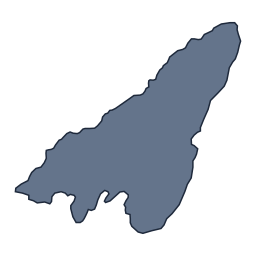 the district of Bach Long Vi, Vietnam
{"feature_id": "81297802B40834484476285", "entity_name": "Bach Long Vi", "entity_type": "district", "adm_level": 2, "iso_a3": "VNM", "parent_name": "Vietnam", "parent_adm1": "", "projection": "albers", "projection_center": [107.73, 20.135], "detail": "fine", "context": "isolated", "style": "filled", "palette": "slate", "viewbox_px": 256, "rotation_deg": 0, "n_neighbors": 0, "source": "geoboundaries", "source_scale": "gbopen_adm2", "svg_char_len": 1980}
<svg xmlns="http://www.w3.org/2000/svg" viewBox="0 0 256 256"><path d="M76.1,222.5L80.2,222.5L82.6,220.9L84.1,218.7L85.6,215.8L87.1,212.6L88.3,209.5L91.3,210.4L94.6,209.1L96.3,205.0L97.8,199.9L100.5,193.9L104.7,190.4L108.0,191.7L108.9,193.9L105.9,198.0L104.4,201.2L105.6,202.5L110.1,200.9L115.4,196.1L119.9,192.0L124.1,191.4L128.2,194.8L128.2,197.4L125.9,200.9L124.1,204.7L125.6,207.2L125.3,210.1L125.9,213.3L130.0,214.5L130.3,218.7L130.3,222.8L131.8,226.3L138.1,232.0L142.9,233.3L151.8,230.7L161.0,228.5L164.0,225.0L166.7,218.7L172.1,213.6L179.2,204.7L184.9,191.4L187.3,184.4L191.2,178.0L192.9,167.2L192.9,160.9L195.0,157.7L196.5,154.2L197.7,148.8L194.1,145.6L191.5,144.4L191.2,139.0L194.1,135.1L197.4,132.3L200.4,131.0L200.4,127.5L203.7,119.3L208.1,109.4L210.5,100.5L218.0,92.9L224.2,86.2L226.9,80.2L229.3,67.8L232.6,62.1L235.3,58.9L237.7,52.3L239.4,45.0L240.6,41.1L238.3,34.2L237.1,29.7L237.4,25.9L234.7,22.7L229.9,22.7L221.3,24.0L213.8,28.1L212.3,30.7L208.4,32.6L204.3,34.5L202.2,37.7L201.0,39.2L198.3,39.6L194.4,38.9L191.4,38.9L187.9,43.1L185.5,47.8L182.8,49.4L177.7,50.7L169.7,57.0L168.8,59.3L167.3,62.7L163.4,65.6L162.5,67.8L159.8,70.0L156.9,75.1L155.7,79.3L153.3,80.2L150.0,79.9L148.8,80.8L148.5,83.4L148.8,86.9L146.1,88.5L144.9,91.3L142.9,93.9L140.2,95.1L133.9,95.5L130.0,98.3L115.4,108.5L112.1,110.1L109.8,110.4L107.7,113.2L105.3,113.9L102.6,117.0L101.7,120.9L97.5,125.9L94.6,128.2L89.5,128.5L85.0,128.5L82.9,129.1L79.6,132.6L77.3,133.6L73.1,133.2L70.1,132.0L66.8,133.6L63.2,137.4L61.5,139.3L59.1,140.2L55.5,145.0L53.7,148.2L51.3,149.4L48.6,149.8L46.3,150.4L46.0,153.2L46.3,158.3L44.3,162.7L41.0,167.1L35.9,168.5L31.7,172.5L29.6,176.5L28.0,180.6L21.2,184.1L15.8,188.2L15.4,191.7L22.5,193.1L28.8,195.3L28.8,199.3L33.4,200.7L37.2,202.9L44.7,202.0L49.8,203.8L51.5,201.6L51.9,196.7L54.8,193.1L61.1,191.7L65.3,193.1L67.8,195.8L70.3,194.4L74.1,195.3L75.4,197.1L74.1,201.1L70.8,205.6L70.8,208.7L72.9,216.8L76.1,222.5Z" fill="#64748b" stroke="#1e293b" stroke-width="1.5"/></svg>